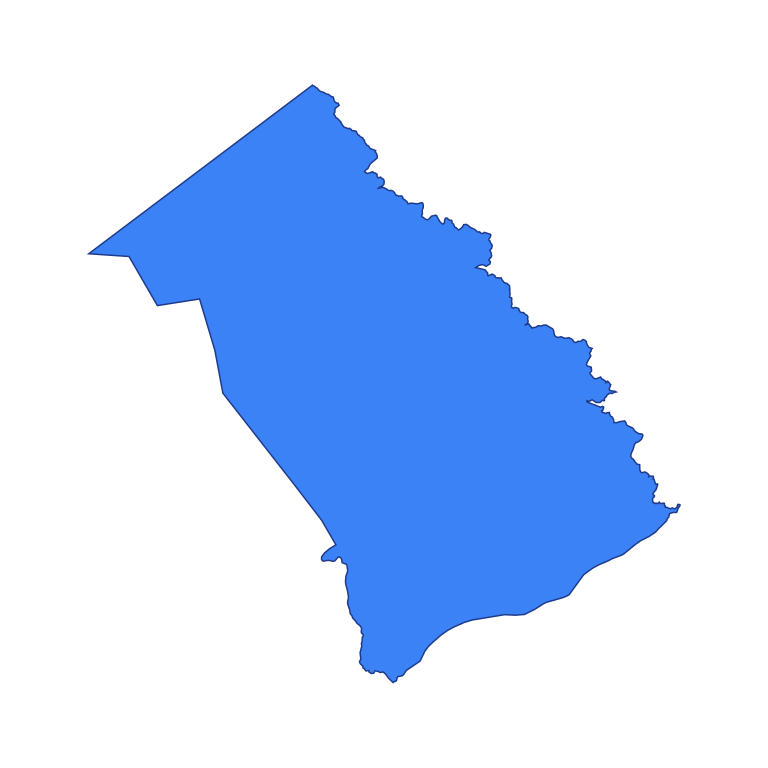 Bariloche, Río Negro, Argentina, rotated 143°
{"feature_id": "61730980B38483237983856", "entity_name": "Bariloche", "entity_type": "district", "adm_level": 2, "iso_a3": "ARG", "parent_name": "Argentina", "parent_adm1": "Río Negro", "projection": "robinson", "projection_center": [-71.782, -41.509], "detail": "fine", "context": "isolated", "style": "filled", "palette": "blue", "viewbox_px": 768, "rotation_deg": 143, "n_neighbors": 0, "source": "geoboundaries", "source_scale": "gbopen_adm2", "svg_char_len": 6171}
<svg xmlns="http://www.w3.org/2000/svg" viewBox="0 0 768 768"><g transform="rotate(143 384 384)"><path d="M220.3,109.3L220.9,110.4L221.9,111.0L224.1,109.3L226.9,109.2L228.4,111.6L230.5,112.0L232.4,115.4L233.5,116.2L232.7,117.7L233.0,118.5L231.9,119.9L232.1,120.4L234.7,121.8L235.4,123.0L235.3,124.0L237.4,123.7L238.2,124.9L239.1,125.1L239.3,125.9L240.5,127.2L239.3,129.8L238.4,130.7L237.3,131.4L236.1,131.2L235.3,131.8L235.2,132.4L235.7,133.8L235.1,134.7L230.3,135.9L225.7,139.2L225.9,139.9L227.2,140.2L227.2,141.2L225.8,145.1L225.9,145.9L226.4,146.5L225.2,146.8L224.5,148.3L227.2,150.6L228.3,150.7L227.4,151.5L227.1,152.4L227.7,155.2L228.7,156.9L231.2,157.7L232.0,159.4L231.2,161.7L228.4,165.6L230.4,168.2L230.2,169.4L230.5,170.7L230.1,172.1L230.5,172.5L230.0,173.7L230.7,174.9L230.5,177.8L228.2,179.9L224.2,182.0L220.6,184.9L218.5,185.5L215.1,184.7L211.6,184.9L208.4,186.9L208.0,187.5L207.9,188.6L210.4,191.0L212.0,195.0L211.8,198.9L214.9,204.9L214.0,208.0L214.0,209.7L218.3,212.0L221.3,213.0L223.6,214.7L222.0,217.7L221.6,220.2L222.5,222.4L221.9,223.5L221.9,224.9L221.1,225.6L223.3,226.9L224.8,227.0L225.3,228.3L226.7,229.7L226.9,230.9L226.5,231.5L225.7,231.1L224.8,231.4L224.3,232.1L222.8,232.8L222.5,233.7L223.3,234.8L225.0,235.1L232.8,247.6L231.9,248.5L231.0,247.3L229.8,246.4L227.3,246.2L225.7,241.5L222.6,239.2L219.3,239.6L218.4,238.2L217.8,238.2L216.9,239.5L215.8,240.1L214.1,240.1L212.4,241.0L209.0,240.7L207.7,239.2L205.1,238.8L203.4,238.0L203.9,239.2L206.1,241.1L207.6,243.3L207.2,244.5L203.3,247.0L203.6,248.2L203.4,249.3L203.7,251.6L204.1,252.0L205.2,251.1L206.0,251.6L205.5,253.5L207.0,257.2L206.8,259.2L211.2,260.4L212.9,261.9L213.3,268.0L213.1,268.7L210.3,269.6L208.5,272.5L208.5,273.0L210.9,276.3L210.7,277.6L208.7,279.1L201.9,282.0L201.5,284.4L201.0,285.2L198.9,285.6L197.8,286.8L196.4,287.1L198.4,290.2L198.0,293.6L196.8,296.3L197.3,298.3L198.1,299.6L199.2,299.9L201.1,299.6L203.5,301.4L204.7,301.3L206.2,302.1L207.1,303.5L206.8,306.1L208.4,309.7L211.5,311.2L212.8,312.7L214.0,315.1L216.5,316.2L217.9,317.5L218.6,320.2L216.5,324.5L216.1,326.6L218.0,330.9L218.4,332.3L219.3,333.8L221.1,335.0L223.6,335.8L225.8,337.8L228.7,338.0L230.2,338.7L230.6,339.3L232.1,339.4L232.4,340.4L232.0,341.3L232.4,343.2L232.1,344.7L233.6,345.5L236.3,346.2L233.1,346.1L231.9,346.6L231.0,347.5L230.3,349.4L228.7,350.9L228.5,352.8L229.6,355.8L229.4,356.9L231.2,358.4L231.9,359.6L231.6,361.7L231.1,362.7L231.3,363.8L233.2,366.3L235.7,367.1L235.9,367.7L235.3,369.7L233.7,370.7L232.3,373.4L230.4,375.4L230.4,376.4L231.4,377.6L231.3,378.1L229.3,379.8L227.1,383.3L227.2,384.0L226.3,384.1L224.6,387.1L225.3,390.3L227.0,392.7L227.0,396.5L226.5,398.1L230.5,401.3L230.8,403.1L230.2,403.9L231.5,406.7L235.8,407.8L235.7,408.6L234.4,410.2L234.6,414.4L240.7,421.8L236.7,421.5L233.6,420.1L232.8,419.2L231.7,416.6L227.1,416.1L225.4,417.7L225.7,420.2L221.8,420.9L220.7,421.9L219.3,424.8L219.1,427.2L216.7,427.4L214.4,429.3L214.0,430.3L214.0,432.5L213.3,434.4L213.7,435.8L212.8,436.8L211.1,437.2L209.1,438.6L208.9,439.5L212.3,444.3L212.8,444.8L214.1,444.6L215.1,445.2L215.9,446.3L216.1,448.0L217.6,448.8L218.7,453.3L220.7,456.8L221.7,460.9L222.3,462.0L224.4,463.3L226.5,462.3L229.9,461.9L231.9,462.3L232.3,465.4L233.1,466.4L232.3,469.8L232.6,471.6L231.5,473.5L231.6,474.1L232.8,474.9L233.5,476.7L233.6,478.3L235.1,479.5L237.1,478.3L238.8,476.3L240.7,476.2L241.7,479.2L241.1,485.1L240.6,486.4L241.1,487.7L244.9,489.4L249.3,488.7L250.3,488.9L251.6,490.5L252.4,493.5L253.1,494.8L252.9,495.6L251.0,496.7L248.9,499.8L246.4,501.3L244.8,503.5L244.2,505.3L244.8,506.2L249.2,507.9L253.2,511.9L256.4,513.6L255.9,515.9L257.4,521.3L256.7,521.7L256.5,522.9L257.0,523.8L259.0,525.0L260.9,528.0L260.5,529.6L260.6,532.4L261.9,534.4L263.3,535.2L264.2,536.5L264.8,538.7L266.7,542.0L270.6,543.7L269.6,543.9L265.9,543.2L264.0,543.5L262.2,545.3L261.2,547.3L261.4,548.6L262.3,550.1L262.2,551.2L264.9,552.5L264.5,554.4L263.5,555.3L263.4,556.0L264.0,557.7L265.3,559.0L265.3,560.4L270.5,562.0L271.8,565.2L269.4,566.0L267.4,565.7L262.8,568.0L253.4,568.6L252.1,570.2L251.3,572.4L251.3,574.6L250.2,575.4L253.4,580.5L253.1,582.8L253.4,584.3L254.1,585.0L253.8,586.4L254.0,587.0L253.7,589.3L252.9,590.4L253.3,592.4L252.8,593.3L254.2,595.9L254.1,597.5L254.9,598.8L254.2,602.6L255.3,604.1L257.2,605.7L257.0,607.1L257.6,608.9L259.0,609.6L261.3,613.2L261.4,616.5L260.8,619.2L261.3,624.1L261.7,624.5L262.1,626.1L261.7,627.2L261.6,630.0L259.8,630.5L257.7,633.1L256.5,633.5L252.1,633.6L251.7,636.0L252.7,636.9L253.4,638.3L253.2,640.3L251.9,643.7L253.1,645.3L254.0,648.7L255.3,650.0L256.8,653.4L258.6,655.7L259.3,658.1L259.3,660.5L260.0,661.6L260.2,663.5L261.4,665.2L261.3,665.7L541.4,665.7L510.9,639.3L517.8,583.0L480.1,562.9L498.8,512.7L518.2,473.6L516.2,356.8L515.8,312.8L519.2,284.5L526.4,285.2L533.1,284.9L537.8,283.5L539.3,281.8L539.6,280.2L539.1,279.0L535.8,277.4L533.7,275.9L531.3,272.9L529.6,272.3L524.8,273.4L523.9,272.8L523.1,271.3L523.3,269.6L525.0,266.5L522.7,263.0L522.6,261.7L525.5,256.5L530.3,253.2L533.5,249.6L534.9,247.4L537.5,241.0L539.6,237.0L540.9,234.8L544.5,231.6L545.8,229.0L547.5,223.9L549.0,221.4L549.2,217.7L549.8,216.1L549.4,211.6L549.6,209.2L548.6,205.0L548.9,202.4L551.4,199.7L551.8,198.4L551.4,196.1L552.2,195.3L553.7,194.8L556.5,191.6L558.4,190.2L559.3,188.2L564.7,183.9L568.3,177.9L570.2,177.4L570.8,176.8L571.3,174.8L570.7,171.4L571.6,169.9L571.0,168.0L571.2,166.2L571.1,165.7L568.6,164.4L569.3,163.1L568.5,160.5L566.2,159.2L564.0,160.3L563.5,160.1L561.8,158.1L560.6,155.8L558.6,154.9L557.6,153.8L557.8,152.9L557.3,151.9L557.4,146.2L556.4,140.1L554.2,140.1L553.7,139.6L552.6,139.6L550.2,141.6L548.9,141.9L545.3,140.1L543.3,140.1L538.6,141.8L521.9,141.0L512.0,146.1L506.5,147.7L500.1,148.4L489.4,149.2L481.1,148.9L474.5,147.9L463.4,145.3L455.5,142.4L426.5,127.2L418.2,120.3L410.5,115.4L399.7,113.4L388.7,112.5L385.7,111.9L370.1,105.9L366.3,104.8L362.9,104.3L339.4,111.5L332.7,111.5L327.7,111.3L321.5,110.4L311.1,107.8L307.0,107.2L297.5,104.4L294.7,104.0L280.5,104.6L273.3,104.4L263.7,102.7L255.9,102.3L252.7,103.1L240.5,104.7L239.0,105.9L236.8,106.3L234.2,108.5L233.4,108.6L230.0,107.2L227.6,105.3L224.0,107.6L220.9,108.7L220.3,109.3Z" fill="#3b82f6" stroke="#1e3a8a" stroke-width="1.5"/></g></svg>